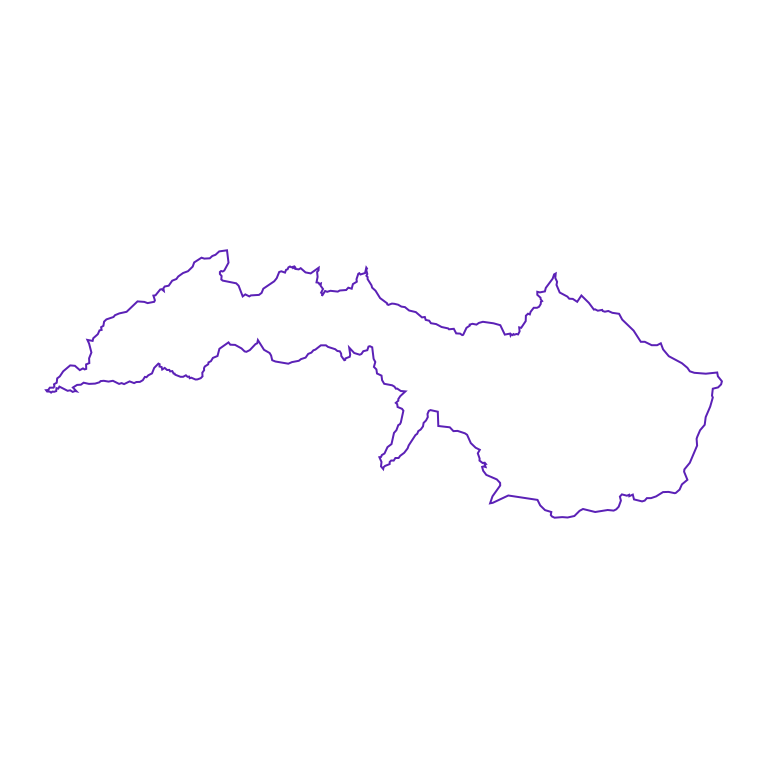 Otavalo, Imbabura, Ecuador
{"feature_id": "8360857B9675012556832", "entity_name": "Otavalo", "entity_type": "district", "adm_level": 2, "iso_a3": "ECU", "parent_name": "Ecuador", "parent_adm1": "Imbabura", "projection": "mercator", "projection_center": [-78.375, 0.223], "detail": "fine", "context": "isolated", "style": "outline", "palette": "violet", "viewbox_px": 768, "rotation_deg": 0, "n_neighbors": 0, "source": "geoboundaries", "source_scale": "gbopen_adm2", "svg_char_len": 6080}
<svg xmlns="http://www.w3.org/2000/svg" viewBox="0 0 768 768"><path d="M555.7,273.5L554.1,274.4L552.7,278.6L545.8,287.9L544.9,291.4L539.9,292.4L537.3,291.8L537.3,294.8L540.5,297.7L540.7,299.4L542.1,301.1L540.9,301.8L540.7,304.1L539.0,306.8L537.0,307.8L533.7,307.8L530.6,311.8L529.8,314.4L528.0,313.7L525.9,315.7L525.7,321.1L521.2,327.8L519.2,327.4L519.6,331.4L518.1,334.4L516.4,334.0L514.5,334.7L513.5,334.1L512.7,335.1L511.4,334.4L510.6,335.6L510.1,333.6L504.8,334.6L500.3,325.2L493.5,323.3L482.9,321.8L478.9,322.9L476.5,324.6L472.5,323.8L469.7,324.6L469.8,325.6L466.5,327.8L463.2,334.8L462.2,335.1L460.1,333.6L456.2,333.4L453.8,328.8L449.0,329.3L448.1,328.4L441.6,327.0L436.2,324.1L430.9,323.2L429.2,320.7L425.7,319.9L424.8,317.0L422.0,317.4L415.8,312.1L409.1,310.5L404.9,307.1L401.4,306.6L398.1,304.7L394.3,303.8L391.9,303.6L388.4,304.9L387.3,304.4L387.1,303.3L380.1,298.1L375.5,290.7L372.1,287.6L371.5,285.3L367.6,279.1L367.6,277.0L366.4,275.8L367.3,274.0L366.2,269.7L367.0,268.6L366.3,267.6L365.1,273.0L360.4,274.5L359.3,273.2L358.3,273.8L356.5,279.2L356.8,281.7L352.9,284.1L351.7,288.7L348.3,287.7L346.2,290.0L339.8,290.5L337.8,291.6L330.4,290.8L327.2,291.8L325.1,291.0L322.0,295.9L322.2,293.4L321.1,292.7L323.0,289.0L320.6,285.7L320.9,283.5L319.4,284.2L318.6,282.8L316.5,282.4L317.6,276.9L317.1,272.0L318.5,270.4L318.7,267.7L310.7,273.4L305.5,272.4L300.7,268.2L298.7,269.4L295.2,268.9L294.2,267.5L292.2,268.5L294.3,266.9L295.8,268.1L294.4,266.4L291.3,267.3L290.0,266.5L288.4,267.4L287.6,269.3L286.1,269.8L285.0,272.6L281.3,271.3L279.2,272.0L276.7,278.2L274.2,281.3L263.3,288.7L261.6,292.9L259.0,294.9L250.9,295.4L249.3,296.4L245.3,294.4L242.7,296.4L238.6,285.7L236.2,283.3L222.7,280.6L221.3,279.5L221.6,276.0L219.9,274.0L219.9,272.0L221.1,271.0L222.7,271.5L224.3,270.5L228.5,262.7L227.0,250.3L219.2,251.4L215.5,254.8L212.3,256.0L209.8,258.3L204.3,258.6L201.5,257.7L194.2,262.4L192.7,266.6L188.0,271.2L183.1,273.0L178.2,276.5L176.4,279.0L172.2,280.7L168.7,285.7L164.7,286.5L163.4,288.3L163.8,290.9L161.7,289.2L160.2,289.5L155.5,295.3L153.4,295.6L154.9,300.3L154.2,301.8L147.6,303.1L144.3,301.9L137.5,301.4L126.6,311.8L119.3,313.4L115.0,315.2L113.5,317.0L106.4,319.4L104.1,321.6L103.4,325.8L101.1,327.2L101.6,329.9L99.5,330.4L97.8,334.2L93.3,338.2L92.6,340.9L87.4,339.9L89.1,343.6L91.4,352.5L89.1,358.3L89.3,363.1L86.1,364.4L86.2,368.9L84.6,369.4L83.0,368.4L79.8,370.1L74.9,365.8L70.2,365.4L63.2,371.3L59.8,376.4L57.2,378.4L56.7,382.7L54.0,384.3L54.4,386.3L53.5,387.7L49.8,387.7L48.2,390.0L46.1,390.2L47.1,391.5L49.6,391.5L51.1,392.6L52.4,391.6L54.1,391.8L56.2,391.1L56.5,388.2L58.3,388.6L59.4,386.6L67.6,390.8L70.2,390.3L72.7,391.9L75.1,391.0L76.5,391.3L72.9,387.5L77.1,384.9L80.9,384.7L83.6,382.7L89.0,383.9L95.1,383.6L99.4,382.3L100.6,381.1L103.8,380.8L108.5,381.6L112.9,380.8L119.1,383.9L121.6,383.1L124.1,384.1L129.6,381.4L134.1,383.1L136.4,382.0L139.9,381.9L142.8,380.2L144.9,376.9L146.5,377.2L148.3,375.3L152.0,373.4L154.2,367.9L158.4,363.6L159.6,364.2L159.5,366.5L161.6,367.0L162.2,369.5L164.7,367.9L167.1,370.0L169.3,369.9L170.1,371.4L172.3,371.1L173.6,373.6L174.6,373.6L175.2,374.7L180.5,376.8L183.1,376.8L185.9,375.3L187.5,376.8L189.1,376.6L189.7,378.2L191.3,377.7L195.5,379.5L197.4,379.4L200.7,378.2L202.5,376.4L202.3,372.7L204.1,370.2L204.0,368.2L204.8,366.5L208.2,364.3L208.5,362.4L210.9,361.2L212.9,357.9L217.5,356.0L219.4,348.8L228.5,342.4L230.3,344.7L235.1,344.9L241.5,348.4L244.6,351.4L246.4,351.8L249.8,350.1L255.5,344.1L257.2,343.3L257.9,340.1L264.0,349.8L269.6,353.0L271.1,355.5L272.2,360.2L275.4,361.5L288.3,363.7L292.0,362.1L298.8,360.8L301.0,359.1L305.6,357.6L308.2,353.9L311.4,352.6L313.4,350.3L315.4,349.6L320.9,345.3L325.9,345.3L328.0,346.9L335.2,349.2L337.4,351.0L339.8,351.3L341.1,353.5L341.3,356.0L344.3,360.2L345.2,359.9L345.5,358.4L349.7,356.8L350.2,354.6L349.2,347.6L354.2,353.0L359.7,354.7L361.4,354.0L363.3,351.2L367.3,350.2L368.5,346.6L369.9,346.2L372.2,347.3L373.6,358.8L375.3,362.0L373.9,366.9L376.4,369.4L377.0,373.5L381.5,375.6L382.1,380.2L384.2,383.8L392.2,385.3L394.4,386.6L395.9,388.7L397.2,388.6L400.8,391.0L405.4,391.4L400.3,396.1L398.3,399.1L398.3,400.7L395.8,402.9L397.2,404.1L397.6,407.0L402.0,408.8L403.4,410.7L400.8,422.5L399.9,424.2L398.3,425.1L396.4,430.2L394.0,432.9L391.5,444.1L387.5,447.1L384.5,453.5L381.8,455.1L381.1,456.9L379.4,457.2L381.5,462.0L381.0,466.4L383.2,469.0L383.5,467.3L385.1,465.9L389.6,464.1L389.7,462.0L391.2,460.5L393.7,460.6L395.4,458.0L398.6,458.0L400.2,455.8L404.2,452.8L407.6,448.4L408.7,445.4L415.5,435.0L417.2,433.8L418.3,431.1L420.7,429.5L423.0,426.4L423.6,422.9L426.0,420.5L427.8,417.1L427.5,414.0L428.8,410.9L430.5,410.1L437.8,411.7L438.3,426.0L449.8,427.3L453.4,431.1L457.6,430.9L464.9,433.3L467.1,434.8L470.8,443.1L475.6,447.7L479.8,449.8L477.8,453.3L479.6,458.5L479.5,460.6L482.6,463.0L484.7,462.7L485.8,464.0L484.7,464.2L485.6,467.0L483.5,466.4L482.1,466.9L483.2,470.8L486.3,474.9L496.8,479.4L500.1,482.9L500.2,485.5L492.5,496.3L490.1,503.3L492.8,502.8L508.3,495.5L537.5,499.9L540.2,505.4L545.0,510.1L551.3,512.0L550.8,515.0L552.0,516.5L554.6,517.7L562.3,517.1L567.6,517.5L574.4,516.0L579.6,510.8L583.0,509.0L595.2,512.0L607.7,510.0L613.7,510.6L616.3,509.3L618.7,506.7L620.9,500.6L619.9,496.6L621.9,494.4L626.9,495.7L629.1,494.8L629.3,496.2L632.8,494.6L634.0,499.4L642.1,501.4L644.7,500.6L646.9,498.1L651.1,498.1L656.1,496.4L663.0,492.1L668.6,491.9L674.8,493.2L675.8,492.9L679.6,489.6L681.9,484.4L687.4,479.8L684.1,471.7L684.4,469.4L689.8,462.8L697.1,445.6L696.6,438.8L697.3,436.7L700.1,430.2L704.7,424.8L705.7,417.1L710.2,406.6L712.8,397.5L712.0,395.6L712.8,388.7L718.1,387.4L721.1,384.4L721.9,381.3L717.9,376.3L717.2,372.5L705.8,373.7L694.3,372.8L689.8,371.3L687.4,367.8L681.9,363.2L668.8,356.2L663.1,349.4L660.8,343.3L657.1,345.2L651.7,345.2L644.8,341.8L640.8,341.8L633.6,330.6L622.2,319.6L619.1,313.8L612.3,312.8L608.3,311.0L604.9,311.7L602.7,311.0L602.2,309.9L597.8,310.7L595.0,309.3L593.9,309.6L588.9,302.9L581.4,295.5L577.2,301.8L572.8,298.9L569.2,298.7L567.4,296.6L559.7,292.5L556.5,284.9L557.1,281.8L555.3,278.0L555.7,273.5Z" fill="none" stroke="#5b21b6" stroke-width="2"/></svg>